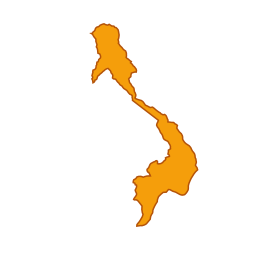 the district of Pirapozinho, São Paulo, Brazil, rotated 306°
{"feature_id": "56859067B23767798261790", "entity_name": "Pirapozinho", "entity_type": "district", "adm_level": 2, "iso_a3": "BRA", "parent_name": "Brazil", "parent_adm1": "São Paulo", "projection": "robinson", "projection_center": [-51.607, -22.434], "detail": "fine", "context": "isolated", "style": "filled", "palette": "amber", "viewbox_px": 256, "rotation_deg": 306, "n_neighbors": 0, "source": "geoboundaries", "source_scale": "gbopen_adm2", "svg_char_len": 4554}
<svg xmlns="http://www.w3.org/2000/svg" viewBox="0 0 256 256"><g transform="rotate(306 128 128)"><path d="M144.0,73.1L145.1,73.6L146.3,73.6L147.2,73.1L148.8,74.0L150.2,73.7L151.4,73.2L152.7,73.1L154.0,73.6L155.3,73.7L156.9,74.2L158.0,74.4L159.0,74.5L160.1,74.9L161.3,75.1L162.4,75.5L163.5,76.0L164.5,76.9L164.2,78.6L164.0,80.0L163.5,81.0L162.7,81.8L162.5,82.9L162.1,84.1L161.4,85.0L160.4,85.5L159.4,86.0L159.2,87.3L159.7,88.3L160.2,89.4L159.8,90.5L159.4,91.6L159.1,92.7L159.0,93.9L158.7,94.9L158.3,95.9L158.3,97.2L158.4,98.5L157.9,99.8L157.5,101.3L157.6,103.3L157.7,104.9L157.2,106.5L156.8,107.7L156.4,109.6L156.8,111.3L156.5,112.5L155.0,113.5L154.2,114.6L153.0,115.4L152.1,148.0L150.6,148.5L149.3,148.7L148.1,149.0L147.1,149.5L146.2,151.0L145.8,152.4L145.2,154.0L144.4,155.4L143.4,157.0L143.0,158.7L142.3,160.2L140.5,162.6L140.0,164.1L140.3,166.4L140.6,167.8L140.3,169.0L139.6,170.4L139.0,171.8L138.2,173.1L137.2,173.7L136.2,174.6L133.8,173.7L132.3,174.8L130.4,175.6L130.3,177.4L129.4,178.2L127.9,177.1L126.9,176.3L125.8,175.9L125.2,176.8L123.6,176.9L122.2,176.4L121.3,176.4L120.1,176.2L118.6,175.5L117.1,174.1L116.5,172.8L118.2,171.6L118.5,170.5L117.8,169.8L116.5,169.4L115.6,168.7L114.1,168.0L112.6,167.3L111.3,167.3L110.0,167.6L108.2,168.0L106.8,167.9L105.8,167.7L104.7,168.5L104.0,169.8L104.2,171.0L103.5,172.3L103.0,173.4L102.4,174.3L101.6,173.2L100.8,172.2L100.0,171.3L99.1,170.6L98.4,170.0L97.2,169.3L96.7,167.5L96.2,166.5L95.1,165.1L93.7,164.0L91.6,164.1L89.5,163.1L88.1,163.5L86.9,164.3L87.4,165.9L86.3,167.3L86.8,168.4L85.7,169.4L84.4,169.9L83.4,170.1L82.0,170.3L81.0,171.6L80.4,172.9L79.7,173.7L78.8,174.2L77.4,174.3L75.7,174.3L74.5,174.3L73.5,174.6L73.7,175.6L74.7,176.8L75.0,178.3L74.7,179.7L74.2,181.5L73.1,185.2L70.1,187.2L68.9,188.4L67.8,189.5L67.0,190.9L64.7,191.7L63.7,191.8L60.9,192.1L58.7,192.2L56.0,192.0L54.9,192.1L53.8,192.8L56.4,195.5L57.3,196.8L59.0,198.1L60.5,198.9L61.5,199.2L64.5,199.4L65.9,199.5L67.2,199.6L68.4,199.0L69.8,198.3L71.9,197.9L73.8,197.8L74.9,197.2L76.2,196.4L78.2,195.9L80.8,195.4L83.5,195.1L85.6,195.0L86.8,194.2L88.1,193.7L89.8,193.2L90.7,193.1L93.9,193.6L96.6,194.3L98.6,196.7L102.0,196.9L102.8,198.3L102.9,199.4L103.2,201.5L104.1,204.2L104.7,208.9L105.2,210.6L106.0,211.8L107.4,213.0L109.5,213.3L111.2,213.3L113.3,213.0L114.8,212.2L116.1,211.2L116.9,210.7L118.9,209.9L121.7,209.2L124.3,208.7L129.8,208.3L132.3,208.4L135.1,208.9L136.5,207.1L136.8,206.0L137.4,204.6L138.7,204.0L140.0,203.7L141.2,202.8L141.8,202.0L142.8,201.2L143.5,199.8L145.2,198.3L146.2,197.0L146.8,195.4L147.1,194.0L147.9,192.2L149.0,190.3L149.3,189.2L149.6,188.0L149.5,185.8L149.4,184.4L149.6,182.5L150.0,181.1L150.9,179.0L151.6,178.4L152.9,177.4L153.7,176.5L154.7,174.5L154.9,172.8L155.1,171.5L155.6,170.2L156.0,169.0L156.4,167.8L157.8,166.9L159.1,166.5L159.3,165.3L159.0,163.7L159.3,161.7L158.1,159.9L157.1,158.0L156.4,156.7L157.9,155.7L158.7,154.2L159.6,152.9L160.4,151.4L160.5,149.7L159.3,148.6L158.9,146.4L159.2,145.0L159.0,143.7L159.0,141.8L159.1,139.5L159.3,137.8L159.3,135.6L157.6,133.9L157.1,130.3L156.7,128.7L157.7,125.9L158.1,124.5L158.1,122.7L157.4,120.8L156.8,119.0L156.3,117.2L156.4,116.0L157.8,115.7L159.3,115.0L160.6,113.2L161.0,112.1L162.1,110.9L163.3,109.8L163.9,108.9L164.1,107.5L164.4,106.1L165.3,104.4L165.6,102.9L166.2,101.9L166.9,101.3L168.1,99.7L169.3,99.7L171.2,100.1L172.7,99.2L174.4,98.5L175.6,99.3L177.3,100.6L178.1,101.8L179.6,101.0L180.5,99.8L180.8,98.7L181.3,97.3L181.4,95.4L181.9,94.4L182.2,93.0L182.2,91.7L183.7,91.6L183.6,90.1L183.8,88.6L183.9,87.5L183.7,86.4L184.1,84.9L185.3,84.5L186.4,83.6L187.6,82.7L188.3,81.7L188.9,80.8L188.8,79.2L189.0,77.4L189.5,76.0L189.8,74.0L190.0,72.8L190.6,71.5L190.9,70.3L192.0,70.1L192.6,69.3L193.7,68.0L194.8,67.8L196.1,67.2L197.4,66.5L198.4,65.8L199.2,64.9L200.5,63.6L201.6,62.3L202.0,60.8L202.2,59.3L201.6,58.0L202.1,57.0L201.7,55.9L201.0,55.1L200.9,53.4L200.8,51.8L199.4,51.2L198.8,50.1L198.4,48.9L198.2,47.4L197.4,46.7L196.1,45.8L194.7,45.0L193.6,44.9L192.5,44.5L191.5,43.6L190.2,43.2L188.9,43.3L188.0,43.7L186.8,43.8L185.1,43.3L183.7,43.5L182.9,42.7L183.0,44.3L182.3,45.6L181.5,47.7L181.2,49.4L180.4,50.3L179.3,51.0L178.2,52.5L177.2,53.9L176.0,54.4L175.0,54.7L174.4,56.2L173.1,57.7L171.8,58.8L170.8,59.8L171.3,61.5L170.5,63.0L169.4,64.1L168.4,64.5L167.5,64.3L166.2,64.1L165.0,64.6L164.0,64.9L163.1,64.2L161.9,64.7L160.9,65.5L159.7,65.6L158.2,66.5L157.0,66.9L155.6,66.6L154.3,65.7L153.1,66.2L152.4,66.9L151.4,67.2L150.2,67.7L149.1,68.1L148.6,69.3L147.7,70.0L146.5,69.9L145.8,71.3L144.8,72.3L144.0,73.1Z" fill="#f59e0b" stroke="#b45309" stroke-width="1.5"/></g></svg>